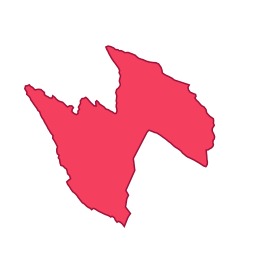 the district of Abaíra, Bahia, Brazil, rotated 152°
{"feature_id": "56859067B19610655548687", "entity_name": "Abaíra", "entity_type": "district", "adm_level": 2, "iso_a3": "BRA", "parent_name": "Brazil", "parent_adm1": "Bahia", "projection": "equal_earth", "projection_center": [-41.741, -13.298], "detail": "fine", "context": "isolated", "style": "filled", "palette": "rose", "viewbox_px": 256, "rotation_deg": 152, "n_neighbors": 0, "source": "geoboundaries", "source_scale": "gbopen_adm2", "svg_char_len": 3385}
<svg xmlns="http://www.w3.org/2000/svg" viewBox="0 0 256 256"><g transform="rotate(152 128 128)"><path d="M200.7,211.1L200.4,207.1L201.6,205.3L200.8,203.2L200.2,200.5L200.6,198.6L200.3,196.5L200.0,193.6L199.6,190.5L199.2,188.1L199.3,186.0L198.4,183.8L199.0,180.4L199.1,177.4L198.7,175.1L198.9,172.8L198.8,170.4L198.7,167.8L198.8,165.2L198.6,162.6L198.5,160.1L197.8,156.5L199.3,154.3L199.0,151.2L199.0,147.4L199.1,144.4L200.8,142.8L202.0,140.4L202.5,138.4L201.7,136.2L203.5,134.5L203.2,132.3L204.4,129.1L204.8,126.5L203.1,124.8L202.6,122.6L201.6,120.6L202.0,118.4L202.8,116.0L202.0,113.4L202.5,110.2L205.0,109.8L207.4,109.2L207.7,106.6L207.2,103.6L207.1,100.8L206.7,97.8L205.5,95.2L204.8,92.8L204.5,89.8L204.0,86.6L203.4,83.5L202.2,81.5L201.3,78.7L200.3,76.5L199.1,75.0L198.4,72.9L196.5,73.4L195.1,72.0L193.6,69.3L192.6,67.7L191.2,65.9L189.9,64.0L188.4,62.1L186.3,59.8L185.0,57.5L183.5,57.5L182.2,55.3L182.4,52.5L181.9,50.0L180.3,50.0L179.1,48.6L178.0,46.0L177.5,42.8L170.6,48.7L168.1,50.3L166.0,51.3L167.3,59.4L163.4,64.6L162.3,66.1L159.1,68.4L159.2,73.9L141.9,87.4L139.2,94.5L137.6,98.6L113.3,115.3L110.6,116.3L108.2,113.6L106.5,111.5L105.0,110.2L104.0,108.6L102.9,106.7L101.5,103.7L100.2,101.2L99.2,98.9L98.3,96.6L97.5,95.2L96.7,92.9L96.0,90.8L95.2,88.9L93.9,86.8L92.8,84.7L92.0,82.9L91.5,80.1L90.6,78.1L89.8,76.0L88.7,74.1L87.3,72.4L86.0,70.5L84.5,68.5L83.2,66.3L81.9,64.3L80.4,61.6L79.0,59.0L77.4,57.3L75.3,58.5L73.9,60.6L73.1,63.1L72.1,65.3L71.3,67.1L70.5,69.1L69.3,71.8L67.5,71.1L65.8,71.3L63.6,71.3L61.6,72.0L60.4,73.2L59.9,75.3L58.4,77.3L56.9,77.9L55.6,79.7L55.2,82.0L55.2,84.0L55.0,85.9L53.9,87.8L52.5,88.8L50.6,89.8L50.3,92.2L49.1,94.0L48.3,96.1L49.3,98.1L50.2,99.7L50.9,102.2L51.4,104.6L50.5,107.7L51.0,110.9L52.5,113.1L53.2,115.6L53.7,118.1L54.6,120.5L54.8,123.3L53.1,124.0L52.6,125.9L54.4,128.0L56.3,130.4L56.7,133.3L55.9,135.8L53.7,137.3L64.7,148.7L65.5,150.8L66.6,152.5L68.0,154.5L69.6,156.5L70.8,158.4L71.8,160.5L70.8,163.4L70.4,166.2L70.9,170.2L72.8,172.6L74.8,173.8L76.1,174.7L77.5,175.7L79.2,177.2L80.5,178.5L81.7,180.0L82.8,181.4L84.4,182.9L86.0,184.7L86.9,187.0L87.5,188.9L88.6,190.2L89.6,191.5L90.9,192.9L92.4,194.6L93.8,195.3L95.4,196.0L96.5,197.9L97.8,199.5L99.4,200.3L100.2,201.9L102.2,203.1L103.1,205.5L105.0,207.9L107.1,209.7L109.5,209.9L109.8,207.1L109.7,204.9L109.9,202.5L109.8,200.3L109.8,197.3L109.4,193.7L108.9,191.0L108.6,188.6L108.2,185.5L108.4,182.7L109.9,181.0L110.0,177.8L111.0,176.5L112.1,175.4L113.7,173.4L114.1,170.8L114.9,169.2L117.5,167.8L120.0,167.3L122.2,164.9L122.8,161.6L124.4,159.3L125.8,157.3L126.2,155.2L127.3,154.2L128.5,152.2L129.0,149.9L130.1,147.7L131.8,146.5L133.2,147.3L134.4,149.8L135.6,151.2L136.8,153.4L138.6,155.1L139.3,157.9L140.7,160.5L141.9,162.6L141.9,164.5L142.8,166.8L144.3,166.3L145.1,164.2L145.9,162.4L147.6,163.6L149.0,167.9L149.7,170.7L150.0,172.8L150.9,174.9L153.0,174.8L154.8,175.6L157.4,174.3L158.4,172.0L159.9,171.0L162.0,169.7L162.1,167.3L164.2,166.5L165.3,164.3L167.2,164.0L168.8,166.0L169.8,168.7L168.6,170.6L166.6,171.6L167.2,173.9L169.2,175.0L171.5,175.0L172.3,177.0L173.0,179.4L173.7,181.5L175.5,183.2L176.8,184.9L177.8,187.2L178.2,189.3L179.3,191.8L181.0,190.1L183.1,191.3L184.0,193.1L185.3,194.8L186.1,196.9L185.1,198.6L185.9,200.4L186.8,202.8L189.0,204.3L192.3,205.4L193.2,208.7L194.5,210.6L194.9,212.5L196.5,212.5L198.8,213.2L200.7,211.1Z" fill="#f43f5e" stroke="#9f1239" stroke-width="1.5"/></g></svg>